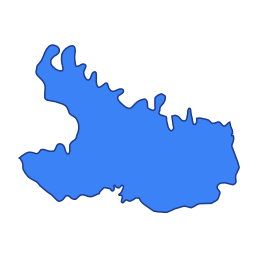 Kinh Mon, Hải Dương, Vietnam, rotated 178°
{"feature_id": "81297802B98282177960136", "entity_name": "Kinh Mon", "entity_type": "district", "adm_level": 2, "iso_a3": "VNM", "parent_name": "Vietnam", "parent_adm1": "Hải Dương", "projection": "robinson", "projection_center": [106.519, 21.0], "detail": "fine", "context": "isolated", "style": "filled", "palette": "blue", "viewbox_px": 256, "rotation_deg": 178, "n_neighbors": 0, "source": "geoboundaries", "source_scale": "gbopen_adm2", "svg_char_len": 5860}
<svg xmlns="http://www.w3.org/2000/svg" viewBox="0 0 256 256"><g transform="rotate(178 128 128)"><path d="M216.5,193.4L216.8,192.5L217.8,188.0L217.9,186.5L217.7,185.9L217.4,184.9L216.3,183.3L212.6,179.3L210.9,177.0L209.9,175.0L209.5,173.6L209.4,170.8L210.0,165.2L210.1,162.0L210.0,160.9L209.6,160.1L208.9,159.3L207.6,158.6L199.7,156.9L192.4,154.2L189.9,152.7L188.4,151.0L187.9,150.0L186.8,147.2L186.5,145.8L186.0,144.7L184.7,143.3L182.6,142.0L180.8,140.6L180.1,140.0L179.3,139.0L178.0,136.1L177.6,134.8L177.1,131.9L177.2,129.2L178.1,125.2L179.4,122.5L180.1,119.8L180.4,119.3L181.4,118.1L183.9,116.6L184.6,116.0L185.7,114.9L186.5,113.6L186.8,112.3L186.9,110.7L187.0,106.8L187.7,104.9L188.3,104.1L189.3,104.1L189.7,104.4L190.7,105.8L191.3,107.2L192.2,111.0L192.9,112.3L193.4,113.0L194.0,113.6L194.8,114.1L195.9,114.4L197.3,114.6L198.5,114.2L199.4,113.4L199.7,113.0L201.7,108.8L202.7,107.7L203.9,107.5L205.2,107.4L208.0,107.7L212.4,109.3L213.6,109.5L215.1,109.5L215.9,109.2L218.1,106.5L219.2,105.8L220.2,105.6L221.0,105.6L223.8,106.7L224.8,106.9L226.9,107.2L228.3,107.2L230.1,106.7L232.1,105.6L235.2,103.7L237.7,101.8L236.8,101.1L235.3,98.7L235.0,97.9L234.3,95.5L234.4,91.3L233.9,89.6L232.4,86.9L229.7,83.0L228.2,81.7L226.3,80.4L221.2,77.4L220.0,76.1L217.7,73.2L213.4,69.2L210.1,66.4L206.6,63.8L201.7,58.5L200.3,57.5L199.7,57.2L198.8,57.2L196.6,58.0L195.3,59.0L193.0,61.8L192.5,62.2L191.4,62.5L189.8,62.2L188.3,61.1L186.8,59.6L185.2,58.9L184.0,58.6L182.6,58.7L178.5,62.2L176.4,62.8L175.1,62.8L174.2,62.6L170.7,61.2L168.8,60.7L166.5,60.7L164.5,61.4L161.2,62.8L159.3,63.3L158.9,63.7L158.7,64.5L158.1,65.5L154.6,68.8L153.7,69.2L153.0,69.2L148.2,68.0L147.8,67.7L147.1,66.6L146.2,65.7L145.4,65.6L144.8,66.0L144.2,66.6L144.1,67.1L143.9,69.0L144.1,70.2L144.1,70.8L143.8,71.1L143.3,71.3L142.9,70.9L142.1,69.7L140.9,68.8L139.6,68.5L138.8,68.6L138.5,68.8L136.7,70.6L136.3,70.8L135.6,70.9L135.1,70.6L134.9,70.2L134.7,69.6L134.7,68.9L135.0,67.9L136.9,64.1L137.7,63.1L139.4,61.9L139.4,61.6L139.3,61.3L138.8,61.1L136.9,60.8L136.4,60.4L136.2,59.9L136.0,58.9L136.5,57.7L137.1,55.3L137.2,54.6L136.6,53.7L136.1,53.5L135.7,53.5L134.5,54.4L132.7,56.1L132.3,56.2L131.7,56.1L131.3,55.8L130.6,55.4L129.1,54.9L128.4,54.9L127.7,55.1L125.0,56.3L122.6,57.9L120.7,57.7L119.0,57.3L118.1,55.0L116.5,52.9L114.8,51.3L105.8,44.5L105.0,44.1L101.6,43.3L92.8,42.4L91.9,42.5L90.1,43.1L83.7,45.8L82.1,46.1L76.0,47.7L74.6,47.9L72.8,47.7L68.3,46.3L67.3,46.2L64.3,47.5L61.4,49.2L58.9,49.9L47.4,49.8L42.3,52.4L41.5,53.0L40.5,54.2L39.7,56.1L38.9,58.1L38.4,59.8L38.4,60.7L39.1,62.1L40.1,63.3L40.6,64.1L41.0,65.4L40.8,66.4L40.6,67.0L40.1,67.9L39.6,68.4L38.7,69.0L37.2,69.7L36.4,69.8L33.0,69.8L32.0,69.6L26.1,67.9L25.0,67.7L24.4,67.8L23.7,68.2L22.9,68.8L22.1,69.8L22.0,71.7L22.2,75.3L22.0,76.8L21.5,78.1L18.4,84.1L18.3,84.9L19.4,89.7L24.8,105.9L24.8,107.0L24.6,107.8L23.8,109.6L23.0,112.2L22.7,113.8L23.0,116.2L23.2,116.7L24.4,116.5L24.6,116.7L24.7,118.2L24.1,118.3L23.7,118.7L23.7,119.1L23.9,119.9L23.7,120.4L23.7,121.2L24.3,123.4L24.8,124.4L25.6,127.4L26.1,130.3L28.0,129.2L30.7,126.8L31.3,126.6L32.2,126.6L33.3,127.2L35.4,129.9L36.0,130.4L36.6,130.7L37.5,130.9L38.4,130.8L41.1,129.9L42.0,129.7L43.4,129.7L44.7,130.4L46.7,132.6L47.5,133.2L48.3,133.5L49.7,134.0L55.1,135.3L57.0,135.5L59.0,135.2L59.0,132.1L59.5,130.7L60.1,129.7L60.7,129.3L62.3,129.4L62.8,130.5L63.4,133.2L63.5,134.8L64.4,139.4L64.8,144.0L65.0,144.9L65.4,145.4L66.2,145.6L66.7,145.2L67.0,144.6L67.6,143.0L67.9,140.0L68.6,136.7L69.1,134.7L70.0,133.6L70.7,133.2L71.2,133.1L72.5,133.2L73.4,133.5L74.3,134.1L76.6,137.0L77.7,137.9L79.2,138.6L80.1,138.9L81.1,138.9L83.7,138.4L82.8,129.2L82.4,127.2L82.5,125.9L83.1,124.9L83.9,124.2L84.8,123.8L85.1,123.8L85.7,124.0L86.5,124.9L87.8,127.1L89.1,133.7L89.2,136.8L89.3,137.6L89.6,138.0L90.4,138.4L94.7,139.8L95.6,140.3L96.4,141.3L96.6,142.2L96.5,142.7L95.6,144.3L95.5,146.1L94.9,148.0L94.0,149.2L91.9,151.3L90.4,153.7L89.8,155.9L89.7,156.6L89.7,158.2L90.0,158.9L92.3,160.5L93.1,160.8L93.8,160.9L97.0,159.7L99.5,157.7L99.9,156.9L100.1,155.3L100.3,149.7L100.1,146.9L100.2,146.3L101.0,145.4L101.9,144.7L102.8,144.8L104.6,145.5L106.3,146.4L107.5,147.4L107.7,148.1L107.7,150.6L108.0,153.6L108.3,154.4L109.0,155.5L109.6,156.1L110.1,156.3L111.2,156.3L113.9,155.6L115.8,154.9L117.8,153.8L120.2,151.8L121.9,150.0L124.1,148.1L125.1,147.7L126.7,147.6L128.9,148.5L130.7,149.8L134.0,152.9L136.2,155.4L137.0,156.9L137.3,157.8L137.3,158.7L136.9,159.8L136.2,160.8L133.3,162.4L132.3,163.1L131.7,163.8L131.3,164.5L131.3,165.3L131.5,166.2L132.0,166.8L133.1,167.2L134.5,167.3L136.6,166.8L140.1,165.3L142.3,165.2L143.1,165.5L144.1,166.1L145.4,167.9L146.0,169.1L146.9,172.7L147.1,173.1L148.0,173.7L149.2,173.5L152.4,171.1L154.1,170.1L155.5,169.7L156.4,169.9L156.9,170.4L157.8,172.5L158.1,175.3L157.8,182.1L157.9,183.7L158.1,184.5L158.6,185.0L159.0,185.3L160.1,185.2L160.6,184.9L161.6,184.1L162.4,182.7L163.8,179.0L164.8,177.8L165.7,177.4L166.3,177.4L167.5,177.8L168.2,178.5L169.3,180.5L170.1,182.9L170.3,184.4L170.3,185.4L170.1,186.2L168.1,190.5L168.0,191.5L168.1,192.3L169.2,193.2L170.2,193.5L171.9,193.3L175.1,191.7L175.8,191.5L176.9,191.4L177.6,191.7L177.9,192.0L178.2,192.4L178.7,196.9L178.9,199.8L178.7,202.6L178.1,206.4L178.1,207.9L178.4,210.1L179.1,211.4L179.9,212.0L181.9,212.0L183.4,211.7L184.1,211.4L187.3,209.5L189.7,207.1L191.0,204.9L191.4,204.0L191.8,202.3L192.1,198.7L191.8,195.2L190.8,189.7L190.8,189.1L191.0,188.5L191.4,187.9L192.1,187.5L193.9,187.4L195.1,187.7L197.0,188.6L198.7,189.7L200.4,191.4L201.8,192.8L202.6,194.4L202.9,196.0L202.8,197.5L202.6,198.6L202.0,199.6L200.8,201.0L199.3,202.3L196.9,203.6L195.1,205.1L194.2,206.4L194.0,207.2L193.9,207.9L194.0,209.0L194.5,210.2L195.1,211.1L196.2,212.1L198.3,213.1L200.7,213.6L202.4,213.2L203.6,212.7L204.3,212.1L206.4,209.9L208.8,205.7L209.4,204.1L211.8,199.1L213.2,197.1L215.8,194.3L216.5,193.4Z" fill="#3b82f6" stroke="#1e3a8a" stroke-width="1.5"/></g></svg>